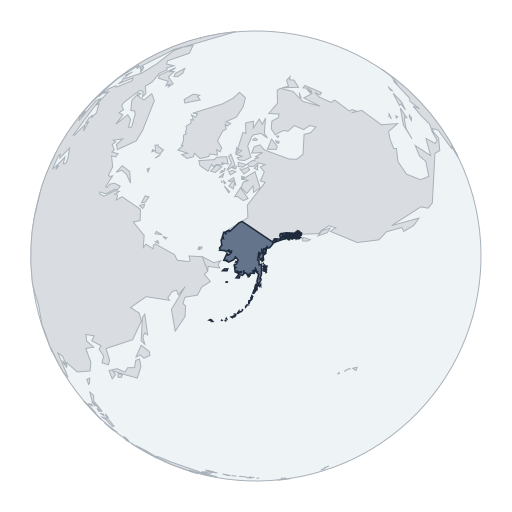 the Earth from above Alaska, rotated 314°
{"feature_id": "USA-3563", "entity_name": "Alaska", "entity_type": "State", "adm_level": 1, "iso_a3": "USA", "parent_name": "United States of America", "parent_adm1": "", "projection": "orthographic", "projection_center": [-152.163, 61.314], "detail": "fine", "context": "on_globe", "style": "filled", "palette": "slate", "viewbox_px": 512, "rotation_deg": 314, "n_neighbors": 0, "source": "natural_earth", "source_scale": "10m", "svg_char_len": 17744}
<svg xmlns="http://www.w3.org/2000/svg" viewBox="0 0 512 512"><g transform="rotate(314 256 256)"><circle cx="256" cy="256" r="225" fill="#eef3f6" stroke="#a8b0b8"/><path d="M154.9,453.9L155.4,454.4L155.2,454.3L154.9,453.9ZM468.4,331.1L467.7,331.8L470.5,320.7L469.3,321.6L473.1,299.7L470.3,294.3L468.4,297.6L467.7,305.3L459.5,315.0L454.2,313.4L416.6,346.0L410.0,346.6L405.8,340.4L372.3,332.5L396.5,346.9L387.5,348.3L376.3,345.2L377.8,341.1L364.0,333.0L353.0,333.2L336.0,319.4L325.3,292.3L331.7,293.8L328.4,287.4L320.1,285.3L315.5,285.5L292.9,263.4L265.6,257.3L256.9,264.5L258.9,256.1L242.2,276.2L227.3,280.3L244.3,270.2L246.1,265.0L236.1,264.9L235.7,259.6L230.7,256.6L231.2,250.4L241.1,245.4L241.6,241.4L234.5,241.6L230.5,235.8L240.9,236.0L235.1,226.0L250.5,216.5L277.9,223.6L286.6,214.4L315.4,211.5L313.0,207.0L322.3,203.6L323.0,197.3L328.1,198.9L324.2,192.5L319.4,192.3L316.0,189.5L316.0,185.8L322.5,187.1L323.5,189.1L325.4,187.6L328.7,189.9L327.1,186.7L335.0,188.9L327.1,181.4L333.5,178.8L338.7,181.7L338.1,188.3L348.8,212.6L354.0,218.2L361.9,219.1L376.9,206.1L382.6,209.7L390.4,209.5L387.3,204.1L380.1,202.5L376.3,192.9L368.0,192.3L365.2,188.5L356.6,185.5L358.1,178.6L364.1,173.7L371.3,176.0L374.1,174.0L367.4,166.2L380.9,165.3L389.9,156.1L393.4,156.9L400.0,168.2L399.7,182.2L408.3,198.2L402.9,180.6L411.7,183.4L413.2,181.0L412.8,176.8L409.6,173.0L412.6,172.7L419.0,189.5L416.4,190.1L414.4,184.6L414.3,191.4L418.7,203.4L422.8,204.2L425.1,222.5L428.1,223.4L430.2,228.1L425.4,225.3L434.2,230.8L437.5,255.0L449.6,265.9L437.6,264.9L433.2,271.3L428.9,280.4L430.9,282.3L422.5,292.6L419.4,307.4L425.1,321.3L433.3,325.0L442.0,312.4L441.5,304.2L446.1,293.7L449.5,312.0L458.6,296.6L461.5,306.7L465.0,306.0L467.9,296.2L471.5,289.3L471.6,278.0L472.9,264.9L475.4,271.3L474.2,259.4L476.2,256.6L477.3,234.9L477.9,238.1L479.2,227.6L477.8,216.6L480.1,233.0L481.2,249.6L481.0,266.2L479.7,282.7L477.1,299.1L473.3,315.3L468.4,331.1ZM242.9,407.5L242.4,403.5L246.2,406.0L242.9,407.5ZM239.7,401.2L240.4,402.5L239.3,401.4L239.7,401.2ZM237.4,400.4L239.0,400.9L237.1,400.7L237.4,400.4ZM234.2,399.8L235.9,399.9L235.7,400.1L234.2,399.8ZM452.6,271.1L462.7,257.1L460.1,269.2L460.0,266.0L456.8,268.6L451.8,275.7L448.7,286.8L452.6,271.1ZM229.4,397.6L228.3,396.9L229.8,396.6L229.4,397.6ZM450.0,255.3L448.5,258.3L449.5,254.9L450.0,255.3ZM313.5,286.6L320.0,285.9L327.6,289.9L322.2,291.0L313.5,286.6ZM299.1,279.0L302.1,276.9L305.5,283.7L302.7,282.8L299.1,279.0ZM250.7,271.0L256.0,270.6L251.0,272.9L250.7,271.0ZM229.9,257.3L228.5,259.2L226.5,256.9L229.9,257.3ZM356.4,189.5L356.6,187.5L358.1,189.1L356.4,189.5ZM352.6,190.1L354.3,193.3L352.7,194.1L351.7,192.1L352.6,190.1ZM225.4,245.4L222.7,241.3L227.2,244.5L225.4,245.4ZM350.9,186.0L349.7,195.1L346.9,196.5L340.7,190.1L350.9,186.0ZM222.2,238.3L215.3,228.7L211.5,231.9L218.2,217.8L221.9,230.4L228.1,233.9L223.4,234.7L222.2,238.3ZM317.9,193.8L323.0,193.9L318.8,197.2L317.9,193.8ZM316.0,196.7L307.7,211.7L300.1,210.0L304.4,205.2L294.6,206.0L294.9,197.7L300.4,195.5L305.2,198.1L301.7,193.0L316.0,196.7ZM223.1,211.7L222.9,208.8L225.0,210.9L223.1,211.7ZM314.4,188.6L313.4,191.7L306.7,190.4L307.5,184.1L309.4,186.5L314.4,188.6ZM291.8,210.3L287.0,208.4L285.9,201.2L283.9,199.5L294.3,197.4L291.8,210.3ZM310.9,184.9L308.0,180.9L311.1,178.2L314.9,185.6L310.9,184.9ZM304.7,192.8L301.5,192.0L303.5,190.3L304.7,192.8ZM320.5,166.9L319.5,170.4L315.9,170.0L320.5,166.9ZM306.8,179.6L305.7,180.5L304.2,180.8L303.0,177.7L306.8,179.6ZM292.8,192.6L293.4,190.0L288.5,193.0L287.5,187.9L294.6,187.5L291.1,185.5L290.8,184.0L296.9,185.5L292.8,192.6ZM297.2,175.5L305.9,173.6L308.6,167.1L311.8,167.2L306.9,177.7L297.2,175.5ZM296.5,181.2L297.7,177.7L301.1,179.5L302.5,183.0L296.5,181.2ZM284.3,184.6L284.0,192.5L282.5,192.4L284.3,184.6ZM297.3,173.2L295.2,173.7L297.1,172.5L297.3,173.2ZM287.5,180.6L287.6,183.4L285.9,183.1L287.5,180.6ZM291.0,172.6L293.8,171.9L294.8,174.2L291.0,172.6ZM288.8,176.0L286.4,174.9L293.4,175.5L289.2,177.2L288.8,176.0ZM285.9,179.9L284.9,180.7L286.1,178.8L285.9,179.9ZM285.6,164.3L294.2,164.4L296.4,169.5L287.7,168.6L285.6,164.3ZM403.6,85.8L403.3,85.6L357.6,59.5L348.1,53.8L312.3,41.3L307.9,39.7L312.3,39.2L285.6,32.8L276.8,32.3L252.4,30.9L236.0,31.8L229.8,34.6L256.6,32.9L261.1,34.8L239.4,37.5L216.0,40.6L217.0,41.5L231.6,41.7L226.1,45.1L236.7,42.3L232.5,41.4L239.0,39.9L243.3,40.6L241.1,41.6L248.1,41.8L256.5,37.3L253.1,36.0L271.6,35.9L267.8,33.8L272.9,33.5L281.2,36.9L280.3,38.1L295.9,45.1L298.6,43.8L284.0,37.2L288.6,38.2L292.1,36.9L293.1,38.7L308.3,46.8L324.9,51.0L346.3,54.1L355.9,58.7L363.8,64.4L355.6,67.2L335.1,56.8L331.9,58.2L335.8,64.7L329.2,61.1L328.2,62.7L320.4,59.6L309.1,60.4L301.2,58.5L296.4,63.9L291.7,63.8L295.9,60.5L294.5,57.4L274.6,54.2L270.7,55.1L269.2,59.1L263.9,57.9L265.0,62.2L253.5,63.6L268.5,65.6L267.2,70.9L260.0,74.8L262.3,77.0L273.9,70.7L276.1,68.0L273.7,64.9L282.0,58.4L288.9,58.5L290.4,67.1L300.3,68.3L297.1,75.0L267.7,87.1L255.6,89.9L236.2,82.4L239.2,78.2L247.7,78.7L240.2,72.9L240.6,75.9L236.3,75.1L233.9,80.4L230.6,80.1L233.8,85.8L229.6,86.1L227.7,82.5L220.5,91.0L211.7,93.6L211.6,95.7L214.1,97.2L201.2,99.7L201.7,101.2L206.1,100.9L210.1,103.7L211.9,109.8L207.4,110.3L206.1,108.2L196.5,104.8L193.8,99.3L192.1,100.2L193.4,105.1L205.1,109.2L207.5,112.8L201.5,111.4L203.9,112.1L203.6,114.1L199.2,116.6L205.6,118.5L209.3,140.5L201.0,148.0L195.2,144.1L193.1,161.2L183.9,169.0L188.0,168.6L189.7,177.0L192.6,174.6L194.7,175.1L200.4,196.5L198.2,202.2L205.3,211.6L207.4,211.5L209.4,207.8L218.2,217.8L211.5,231.9L207.1,231.4L205.9,240.9L195.9,238.5L187.2,241.1L177.0,233.5L171.0,236.5L171.2,240.0L163.2,247.0L145.8,250.1L158.8,232.3L184.7,226.3L174.0,227.2L176.2,222.6L172.1,220.3L164.7,221.6L164.0,224.5L150.4,205.2L131.8,201.6L133.8,211.7L129.5,218.8L110.1,225.4L85.3,212.4L79.3,223.1L75.2,225.4L72.2,219.4L78.1,215.9L80.0,207.9L83.8,207.0L80.9,196.7L86.2,195.0L81.4,188.2L77.2,193.2L77.7,202.6L71.3,197.8L64.8,211.1L58.0,216.5L48.4,207.9L47.8,194.0L46.5,194.6L49.5,186.3L48.6,180.9L39.3,202.5L37.9,205.1L38.7,196.9L39.6,194.4L47.3,172.4L45.5,175.8L46.6,172.8L47.3,171.3L54.4,157.8L57.7,149.9L59.8,147.3L70.0,133.1L76.1,122.0L81.3,113.8L94.0,99.4L108.0,86.2L108.8,85.5L118.3,77.7L129.2,70.0L155.9,54.2L159.9,52.3L164.8,50.0L176.0,45.5L182.1,43.5L188.8,41.2L180.1,43.9L197.1,38.5L214.5,34.6L232.2,32.0L231.7,32.1L231.8,32.1L232.2,32.0L233.7,31.8L237.2,31.5L240.4,31.3L237.5,31.5L253.8,30.7L270.1,31.2L286.4,32.8L302.4,35.6L318.3,39.5L333.8,44.6L348.8,50.7L363.5,58.0L377.5,66.3L390.9,75.6L403.6,85.8ZM161.1,51.7L159.6,52.4L158.5,52.9L161.1,51.7ZM373.4,64.7L374.7,65.1L373.4,64.7ZM191.0,44.2L177.1,49.2L183.8,49.9L179.0,52.0L183.1,51.6L184.4,49.9L194.3,49.8L188.5,53.3L190.4,54.8L195.1,53.2L204.2,46.9L190.1,46.8L193.0,44.5L191.0,44.2ZM477.3,234.2L477.7,232.8L477.8,236.3L477.3,234.2ZM461.4,273.6L462.7,269.6L464.0,268.4L463.3,272.0L461.4,273.6ZM468.8,237.8L469.6,233.4L469.5,239.1L468.8,237.8ZM463.9,254.7L468.3,241.6L468.0,253.5L464.9,261.9L466.1,254.5L463.9,254.7ZM452.7,261.3L453.9,259.2L454.6,261.2L452.7,261.3ZM450.7,252.9L450.5,254.0L449.2,254.3L450.7,252.9ZM411.3,182.4L410.9,181.1L411.2,177.3L412.6,180.0L411.3,182.4ZM403.6,155.9L408.7,155.9L406.0,157.6L408.9,161.2L406.9,169.4L395.0,157.8L400.7,161.5L403.6,155.9ZM400.8,177.7L403.5,173.5L401.1,178.6L400.8,177.7ZM330.6,75.2L328.1,72.3L331.3,71.1L341.4,74.5L336.9,76.3L330.6,75.2ZM323.8,68.7L322.4,76.8L316.1,75.3L319.9,74.7L315.8,72.9L320.8,71.5L316.1,62.5L318.6,60.9L335.9,67.5L328.9,66.1L331.8,68.9L323.8,68.7ZM330.1,103.2L329.5,107.5L316.6,98.5L318.7,95.6L328.9,98.5L332.4,103.8L330.1,103.2ZM340.2,173.3L340.7,176.1L338.9,175.6L337.0,172.9L340.2,173.3ZM320.3,168.5L335.8,160.8L337.2,163.5L344.5,156.1L351.2,160.6L346.2,165.1L356.8,163.2L355.0,169.1L361.7,167.1L350.0,176.8L348.8,182.3L347.6,174.4L341.5,170.1L338.6,170.0L329.2,173.7L323.6,183.7L316.7,181.4L313.3,177.1L313.6,174.3L318.0,176.6L315.2,171.2L321.8,172.5L320.3,168.5ZM277.4,132.2L282.4,135.3L277.9,126.2L284.5,126.8L283.6,125.7L288.4,123.9L292.7,119.9L295.6,121.1L296.0,119.1L299.2,117.9L300.7,115.6L306.6,117.0L308.9,114.3L310.3,116.6L312.8,111.5L313.6,116.0L317.8,115.1L314.8,111.3L342.5,126.4L353.6,129.9L362.3,130.5L362.5,138.4L354.4,143.1L342.4,145.4L331.8,141.2L333.8,145.7L329.3,145.0L329.6,141.7L326.5,146.5L322.9,145.2L312.2,148.2L309.9,156.3L306.0,157.8L305.1,153.9L301.8,158.1L297.4,152.0L294.5,152.9L287.2,148.0L287.1,140.3L283.9,142.0L278.2,138.6L277.4,132.2ZM283.7,162.6L282.1,152.9L284.9,148.6L296.4,159.1L299.6,159.0L307.1,165.9L302.8,172.1L301.1,169.5L298.4,168.5L300.8,166.9L296.9,167.4L294.4,164.0L290.6,163.4L291.1,160.4L283.7,162.6ZM302.7,39.3L299.2,38.4L293.7,37.4L295.9,36.8L302.7,39.3ZM313.3,44.6L310.1,43.9L310.5,42.1L314.0,43.2L313.3,44.6ZM308.1,45.1L309.9,44.0L311.1,45.2L308.1,45.1ZM292.9,60.3L289.5,60.0L289.2,59.0L291.2,58.0L292.9,60.3ZM265.6,106.4L268.0,108.6L266.9,109.5L268.1,115.7L263.3,116.0L260.7,112.2L265.6,106.4ZM234.5,33.5L239.4,32.6L241.8,32.6L239.6,32.9L234.5,33.5ZM269.2,32.8L261.4,32.2L269.9,32.7L269.2,32.8ZM260.6,107.7L261.6,110.2L258.6,108.8L260.6,107.7ZM259.9,116.5L256.3,115.4L262.9,116.7L259.9,116.5ZM32.0,231.9L32.4,240.5L31.8,250.4L31.1,248.1L30.8,258.3L30.7,256.7L32.0,231.9ZM34.6,242.5L33.1,238.0L35.2,240.3L34.6,242.5ZM37.3,242.1L36.2,244.7L37.1,239.2L37.3,242.1ZM44.4,196.9L45.1,191.8L46.2,190.3L46.0,196.1L44.4,196.9ZM52.7,221.2L48.7,224.7L47.4,224.8L49.7,220.0L52.7,221.2ZM221.3,115.1L224.9,105.9L224.4,99.9L219.1,97.2L228.1,97.2L229.0,106.5L221.3,115.1ZM211.3,137.2L215.9,139.8L212.9,141.6L211.5,141.3L211.3,137.2ZM214.7,136.7L222.2,134.5L224.2,137.9L217.9,138.9L214.7,136.7ZM241.4,120.0L242.8,117.2L245.2,118.4L241.4,120.0ZM55.2,358.2L54.8,357.1L59.0,365.3L55.2,358.2ZM109.6,427.1L112.5,429.6L119.9,435.5L114.9,431.6L109.6,427.1ZM148.0,451.4L151.3,453.5L147.5,451.6L148.0,451.4ZM155.2,454.3L150.6,452.2L154.9,453.9L155.2,454.3ZM114.9,429.9L117.2,431.9L116.3,431.3L114.9,429.9ZM113.6,428.7L114.0,428.6L115.0,429.8L113.6,428.7ZM96.5,410.8L97.4,411.4L98.3,412.5L96.5,410.8ZM93.7,407.4L90.4,404.0L90.4,403.6L93.7,407.4ZM93.1,405.8L92.3,404.4L95.5,408.9L93.1,405.8ZM86.1,397.1L90.6,403.0L85.8,396.9L86.1,397.1ZM84.1,395.0L81.3,391.3L81.4,391.2L84.1,395.0ZM60.6,364.2L70.0,381.2L64.1,372.5L56.9,359.0L54.2,355.3L46.3,338.0L47.2,339.5L45.4,333.8L39.1,315.3L37.8,309.6L39.5,314.1L36.2,301.2L39.6,312.4L41.7,322.1L43.9,325.5L49.1,338.6L55.3,352.0L61.6,365.2L60.6,364.2ZM41.0,322.6L41.7,324.8L41.4,324.3L41.0,322.6ZM76.0,383.3L80.1,389.7L79.8,389.8L78.0,387.4L76.0,383.3ZM62.8,366.6L69.1,373.2L70.9,375.8L67.0,373.2L62.8,366.6ZM66.9,368.2L70.4,373.6L72.7,378.3L72.1,377.9L66.9,368.2ZM33.9,293.3L34.0,294.1L33.3,290.0L33.9,293.3ZM34.6,296.7L37.0,307.6L34.6,296.9L34.6,296.7ZM30.8,263.2L30.9,262.6L31.1,264.0L32.7,278.8L30.9,263.6L31.1,269.3L31.8,276.1L31.3,272.2L31.3,272.8L30.8,263.2ZM34.4,292.9L33.9,286.9L34.4,286.5L34.8,291.1L34.4,292.9ZM33.7,271.4L34.0,261.0L33.1,256.4L35.9,263.3L35.1,272.1L33.7,271.4ZM35.6,257.5L34.6,253.2L36.3,256.0L35.6,257.5ZM35.0,250.5L36.1,247.4L36.2,252.1L35.0,250.5ZM35.9,260.6L37.9,257.3L37.0,262.1L35.9,260.6ZM39.0,240.0L37.4,253.5L37.5,239.4L42.6,231.1L43.0,236.1L39.0,240.0ZM73.0,241.1L75.8,238.1L77.5,242.6L75.1,243.4L73.0,241.1ZM85.7,255.4L78.9,242.8L73.9,233.0L73.1,237.4L67.8,237.9L71.5,229.8L78.5,234.4L81.5,242.4L86.5,241.3L91.4,246.2L97.4,242.0L101.0,243.7L96.5,250.1L85.7,255.4ZM99.9,239.9L112.0,235.4L113.2,245.5L110.8,248.8L104.7,246.5L104.4,241.3L99.9,239.9ZM115.3,237.3L115.2,232.3L132.9,217.0L136.9,216.4L124.0,232.9L123.2,229.2L118.7,231.3L115.3,237.3ZM220.5,209.6L222.6,208.8L221.5,211.2L220.5,209.6ZM196.2,173.6L198.9,174.7L197.4,177.3L196.2,173.6ZM205.4,179.2L205.2,175.4L207.3,179.1L205.4,179.2ZM204.5,167.3L206.1,173.8L201.9,167.9L204.5,167.3Z" fill="#d9dde1" stroke="#a8b0b8" stroke-width="1"/><path d="M271.2,222.0L277.6,258.1L281.2,257.3L285.5,262.2L287.1,259.0L289.0,258.0L294.0,261.9L299.1,267.8L303.3,268.4L304.1,273.0L303.0,273.7L303.4,271.5L302.4,272.7L303.1,271.7L301.3,269.0L299.8,270.6L300.1,271.9L299.5,271.7L299.3,269.5L300.1,269.1L300.2,268.9L296.6,266.5L295.0,266.6L295.0,266.2L295.5,266.1L295.8,265.8L295.8,265.6L294.2,264.7L294.4,264.6L295.6,265.1L294.2,263.9L295.1,263.8L293.0,263.6L293.1,261.7L291.3,262.8L289.1,259.0L290.8,263.5L289.1,263.4L288.8,261.3L286.2,261.3L288.8,263.4L287.7,264.4L280.3,260.6L280.7,258.8L281.4,260.3L282.0,259.2L280.6,258.6L279.3,260.2L277.0,258.9L276.5,259.7L271.5,260.1L270.0,259.2L270.5,257.5L268.0,258.8L268.6,257.9L267.7,257.5L266.9,258.0L266.5,257.8L267.6,257.3L266.3,257.0L267.2,256.2L264.2,257.6L264.4,255.9L262.6,257.9L263.6,258.5L263.1,258.7L262.7,259.2L264.2,259.1L263.3,261.1L261.4,260.6L258.4,264.3L256.4,264.0L258.3,262.0L256.6,262.1L257.5,258.3L262.0,257.7L260.0,256.6L261.1,255.1L254.2,260.0L255.2,260.9L251.8,264.4L253.8,265.6L246.6,272.7L242.4,274.5L243.0,275.3L242.3,276.2L235.7,278.0L235.1,276.9L234.0,278.7L232.7,277.7L232.7,279.1L230.8,279.4L231.0,278.2L234.9,275.7L238.2,276.6L237.6,275.7L238.6,274.3L244.9,270.6L244.7,268.1L245.7,268.0L244.9,267.1L246.3,265.8L246.7,264.2L243.7,266.0L243.2,264.5L243.9,264.5L244.1,265.0L244.2,264.9L243.9,264.4L243.2,263.8L242.2,266.7L239.5,263.8L236.5,265.4L235.6,264.9L237.1,263.3L236.3,263.1L237.0,261.7L236.0,258.4L237.4,257.0L235.6,258.5L235.7,259.6L232.6,259.7L230.6,256.4L231.8,255.1L233.9,256.9L234.5,256.4L233.6,255.8L234.4,255.7L231.4,255.0L232.2,254.5L231.2,253.9L231.5,253.7L231.8,253.2L232.2,253.0L232.4,253.0L232.7,252.5L231.9,253.0L231.4,253.4L231.5,253.7L231.2,253.8L231.1,254.4L230.0,252.1L232.7,248.9L233.6,249.5L233.4,247.8L234.4,246.5L236.6,247.5L240.5,246.1L241.0,243.4L240.1,242.7L241.6,241.6L238.0,242.6L232.6,240.6L231.9,238.1L233.4,238.2L231.4,237.1L230.5,235.8L237.2,233.5L238.1,233.6L238.2,233.8L237.0,235.1L237.8,235.7L242.0,235.9L240.7,235.4L240.2,232.6L241.2,234.7L243.4,235.2L241.5,234.5L240.9,233.6L241.7,232.7L240.5,231.8L238.4,231.7L238.2,229.6L235.0,226.0L235.7,226.0L236.3,224.2L240.0,224.0L243.2,219.8L245.9,219.1L245.5,219.5L245.9,220.6L246.7,219.4L245.6,218.9L250.6,216.3L251.7,217.4L250.8,218.2L251.1,218.9L252.3,217.4L255.8,218.7L256.1,219.7L255.4,219.8L256.2,220.2L267.9,220.7L271.2,222.0ZM256.0,270.5L254.3,270.9L255.1,271.5L253.9,271.6L252.1,273.9L252.6,272.4L251.8,273.0L252.2,272.4L251.6,272.3L251.0,272.4L251.9,272.4L251.4,273.4L250.4,271.5L251.7,270.2L252.1,270.4L251.9,270.7L252.3,270.8L252.3,271.3L252.6,271.7L252.9,271.8L252.3,269.7L253.9,270.1L254.1,269.7L253.7,269.0L256.0,270.5ZM300.3,272.8L300.3,275.1L298.9,273.3L297.7,273.6L297.9,272.1L297.0,272.4L297.2,271.3L296.6,270.4L295.7,269.8L298.6,271.1L299.7,272.2L298.7,271.8L298.6,272.6L300.3,272.8ZM227.1,244.6L225.2,245.4L222.2,242.2L224.9,242.3L227.1,244.6ZM290.6,266.7L288.3,264.2L291.3,264.2L289.5,264.8L292.1,266.2L289.8,265.7L290.6,266.7ZM229.8,258.7L228.5,259.2L226.5,256.8L229.1,256.6L229.8,258.7ZM294.1,265.7L293.0,267.9L293.2,266.3L290.9,262.8L291.7,263.6L292.7,263.3L294.1,265.2L292.5,263.6L294.1,265.7ZM291.8,266.6L293.7,271.1L292.8,269.2L290.5,267.2L291.8,266.6ZM231.4,279.9L227.6,280.4L227.1,279.6L230.1,278.2L230.6,278.4L230.8,279.5L231.4,279.9ZM300.9,269.7L302.0,272.6L301.2,271.0L300.4,272.0L300.9,269.7ZM294.2,267.5L296.2,267.1L296.8,268.3L295.7,267.8L296.6,268.8L295.6,269.5L295.1,267.9L294.2,267.5ZM223.5,282.2L222.2,283.0L219.6,283.0L222.5,282.0L222.0,280.9L223.5,282.2ZM253.8,268.3L256.1,268.4L254.7,269.0L253.8,268.3ZM295.1,268.3L295.0,271.4L293.6,268.4L295.1,268.3ZM219.7,282.7L217.2,283.9L216.3,284.1L218.9,281.9L219.7,282.7ZM204.5,282.0L203.5,283.2L201.4,282.6L204.5,282.0ZM298.0,270.3L299.1,269.8L299.2,270.4L298.0,270.3ZM266.0,259.4L266.2,259.5L264.4,261.7L266.0,259.4ZM179.0,268.3L178.0,268.0L177.4,266.9L178.8,267.4L179.0,268.3ZM198.7,282.5L197.9,282.9L197.3,282.7L198.2,281.6L198.7,282.5ZM299.4,275.4L298.1,274.8L297.8,273.7L299.4,275.4ZM298.7,268.9L299.1,269.7L298.1,268.5L298.7,268.9ZM296.9,268.3L296.9,267.6L297.7,268.3L297.0,268.8L296.9,268.3ZM196.2,281.2L195.2,281.8L194.9,280.5L196.2,281.2ZM297.0,269.0L297.5,269.7L296.9,269.5L297.0,269.0ZM290.2,267.4L290.9,268.5L290.5,268.6L290.2,267.4ZM267.6,259.1L266.8,259.7L266.6,259.2L266.8,258.8L267.6,259.1ZM204.4,283.2L206.9,284.2L205.6,284.0L204.4,283.2ZM237.3,278.0L236.6,279.0L236.6,278.2L237.3,278.0ZM295.8,271.4L295.9,270.6L296.6,270.4L295.8,271.4ZM216.8,252.5L217.8,254.0L216.4,252.8L216.8,252.5ZM237.8,265.6L238.5,264.8L238.7,264.7L237.8,265.6ZM196.8,281.7L197.0,282.2L195.8,281.7L196.8,281.7ZM224.6,280.5L224.6,281.2L224.1,280.8L224.6,280.5ZM301.6,272.6L301.3,273.5L301.2,272.5L301.6,272.6ZM253.3,272.6L254.4,272.4L253.8,272.6L253.6,272.9L253.3,272.6ZM264.3,259.7L264.8,259.1L264.5,260.2L264.3,259.7ZM238.0,279.2L238.8,279.1L237.8,280.1L238.0,279.2ZM188.4,278.7L188.7,279.9L187.8,278.3L188.4,278.7ZM186.0,275.8L186.1,276.2L185.2,275.9L186.0,275.8ZM300.7,273.0L301.0,272.5L301.0,273.1L300.7,273.0ZM291.9,263.3L291.7,262.8L292.5,263.2L291.9,263.3ZM178.9,269.7L178.9,270.3L178.3,269.7L178.9,269.7ZM288.5,265.0L288.5,265.7L288.1,264.9L288.5,265.0ZM190.5,277.9L190.3,278.5L190.1,278.0L190.5,277.9ZM267.3,258.8L268.3,258.3L267.8,258.7L267.3,258.8ZM253.7,268.7L253.7,268.4L254.5,269.0L253.7,268.7ZM255.3,267.2L255.4,266.6L255.6,266.6L255.3,267.2ZM250.5,274.7L250.4,275.2L250.5,274.7ZM208.0,283.5L208.6,283.8L207.8,283.8L208.0,283.5ZM238.2,245.4L238.2,245.8L237.6,245.6L238.2,245.4ZM296.2,271.8L296.5,272.2L296.1,272.0L296.2,271.8ZM212.5,283.6L212.7,284.0L212.1,284.0L212.5,283.6ZM253.8,269.7L253.6,269.6L253.1,269.2L253.6,269.3L253.8,269.7ZM299.0,274.3L298.6,273.7L299.1,274.1L299.0,274.3ZM214.7,283.4L214.9,283.9L214.3,283.5L214.7,283.4ZM251.8,274.4L251.6,274.8L251.3,274.7L251.8,274.4ZM302.1,273.3L302.1,273.9L301.7,273.7L302.1,273.3ZM233.1,279.6L233.3,279.1L233.4,279.4L233.1,279.6ZM263.9,257.8L263.7,257.3L264.1,257.7L263.9,257.8ZM297.2,273.8L297.7,273.6L297.5,273.9L297.2,273.8ZM199.8,282.2L199.8,281.6L200.1,282.0L199.8,282.2Z" fill="#64748b" stroke="#1e293b" stroke-width="1.5"/></g></svg>